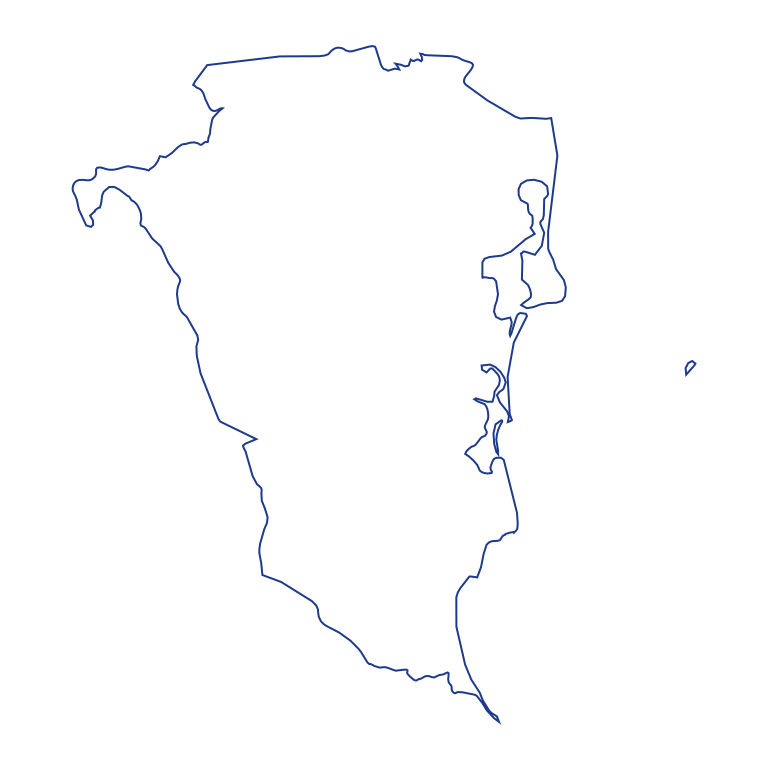 map outline of Atlántico Sur (orthographic projection)
{"feature_id": "NIC-644", "entity_name": "Atlántico Sur", "entity_type": "Autonomous Region", "adm_level": 1, "iso_a3": "NIC", "parent_name": "Nicaragua", "parent_adm1": "", "projection": "orthographic", "projection_center": [-84.133, 12.113], "detail": "fine", "context": "isolated", "style": "outline", "palette": "blue", "viewbox_px": 768, "rotation_deg": 0, "n_neighbors": 0, "source": "natural_earth", "source_scale": "10m", "svg_char_len": 6031}
<svg xmlns="http://www.w3.org/2000/svg" viewBox="0 0 768 768"><path d="M551.2,118.1L557.4,155.6L548.1,231.9L548.2,248.7L549.1,251.5L553.2,259.8L556.0,269.0L563.9,280.1L565.8,287.3L565.1,296.1L562.1,300.8L556.4,302.7L547.3,303.1L540.4,304.5L533.4,307.1L526.8,308.2L521.1,305.1L523.3,303.1L529.1,298.9L530.8,297.0L531.0,293.6L529.9,289.1L528.1,285.1L521.9,279.6L522.4,260.7L521.0,253.4L522.4,252.8L523.2,251.6L524.9,251.6L534.9,254.8L541.8,245.8L544.2,232.8L540.4,224.0L540.4,221.8L542.9,219.1L543.8,215.2L544.2,199.0L547.2,196.0L548.1,194.0L547.1,186.3L541.6,181.7L534.1,179.8L526.9,180.4L521.0,183.8L518.6,189.2L518.7,195.1L520.9,200.2L527.1,203.5L527.8,204.1L528.2,210.0L528.7,212.0L529.9,214.0L531.2,214.8L532.3,215.9L532.7,218.9L532.6,223.8L532.0,225.8L530.6,227.9L531.7,229.3L534.7,233.9L525.8,239.1L510.8,251.7L501.8,255.6L489.6,257.0L484.5,258.7L482.4,262.5L482.4,277.5L482.7,277.8L483.9,277.2L486.2,277.4L489.6,278.1L491.9,278.0L493.8,278.6L496.1,281.3L498.0,294.2L496.9,300.4L494.9,306.2L494.0,311.7L496.1,317.0L501.4,319.6L510.2,317.6L511.7,322.1L511.4,325.0L509.9,330.6L509.6,333.9L510.2,335.8L511.5,333.1L516.0,318.3L517.7,314.5L520.2,313.0L525.8,313.8L527.0,316.0L513.8,342.6L507.6,376.9L509.7,413.9L511.9,420.1L510.0,421.3L507.8,422.1L509.0,416.2L507.0,411.2L499.9,402.4L496.9,395.1L499.3,392.0L503.4,389.1L505.7,382.5L504.2,377.6L500.5,371.9L495.5,367.1L490.2,364.6L481.6,365.5L482.1,369.8L486.6,372.4L490.2,368.5L492.3,368.5L497.1,373.5L499.1,376.5L499.9,380.3L498.9,385.2L494.6,391.5L494.1,396.1L492.5,401.7L487.5,401.8L475.8,398.3L474.3,399.3L477.7,401.4L484.7,404.2L486.3,406.5L487.5,409.6L488.1,413.1L488.3,416.9L487.8,419.6L485.3,424.9L484.7,427.0L485.2,428.6L486.1,430.3L486.8,432.1L486.4,434.0L485.0,435.8L481.9,437.1L480.8,438.0L475.6,444.8L474.0,445.9L471.6,446.7L468.8,448.8L466.4,451.4L465.2,453.9L468.9,456.4L473.5,460.6L477.3,465.0L479.8,470.6L481.8,472.1L484.6,473.1L487.5,473.5L491.6,473.0L491.9,471.7L490.8,469.8L490.4,467.5L492.3,461.9L493.8,459.0L496.3,457.8L501.0,457.7L503.8,460.0L517.0,512.8L517.7,522.9L517.5,526.7L517.2,528.9L516.1,530.7L513.8,532.8L513.3,532.0L509.3,532.8L505.4,534.1L505.0,534.8L502.8,535.8L500.0,540.0L497.4,540.9L494.0,541.0L491.2,541.4L488.9,542.5L486.6,544.7L483.7,553.7L481.0,567.2L477.2,577.4L471.2,576.5L469.4,576.5L460.4,588.0L457.8,592.5L456.3,597.4L456.4,626.7L465.1,664.6L471.3,679.6L479.8,692.8L482.6,700.0L489.3,710.9L491.7,713.2L496.9,716.4L499.0,721.9L494.0,718.1L486.7,710.2L482.6,703.4L477.4,696.6L475.8,695.2L473.7,694.5L462.5,692.3L459.3,692.1L457.3,692.2L455.3,693.2L454.5,693.1L453.5,692.6L452.3,691.1L451.8,690.0L451.6,687.0L451.1,685.4L449.7,683.8L448.6,682.0L448.2,679.5L448.6,674.1L448.6,673.2L448.1,672.7L447.3,672.5L443.3,674.4L439.2,675.1L434.3,677.4L432.0,677.2L429.3,676.2L427.5,675.9L425.4,676.3L424.4,676.7L421.1,678.6L418.7,679.2L416.3,680.5L415.1,680.4L413.6,679.6L410.8,677.3L407.7,674.1L407.3,673.5L407.2,672.7L407.5,670.3L406.6,669.7L404.7,669.6L395.7,670.7L392.2,669.5L387.5,667.7L384.9,667.2L383.1,667.2L380.2,667.6L378.8,667.4L374.2,665.9L371.3,664.3L370.3,664.0L369.5,664.1L368.3,663.3L366.9,661.6L361.1,652.1L358.6,648.9L350.6,640.8L339.4,632.7L326.1,625.8L323.5,623.9L320.9,621.2L318.8,616.8L318.2,613.1L318.0,609.5L316.3,605.6L312.0,601.2L281.2,582.0L262.4,575.0L261.3,563.8L259.3,552.6L259.4,548.9L260.2,543.3L264.2,529.4L267.0,522.8L267.6,517.2L264.8,508.2L261.8,500.8L261.4,493.3L261.7,489.8L261.1,488.0L259.3,486.1L256.9,484.1L252.7,476.3L245.6,451.6L243.6,447.7L243.0,445.6L245.3,443.7L256.3,439.1L220.2,421.6L218.3,418.6L200.5,373.2L196.8,355.9L196.4,346.4L198.2,339.9L197.3,335.5L187.3,317.7L185.7,315.8L183.6,314.1L181.7,312.0L179.7,308.5L178.2,303.8L177.0,294.5L177.4,289.5L178.2,286.0L179.8,282.1L180.2,280.4L179.6,278.4L177.8,275.4L174.1,271.7L168.2,262.7L162.1,248.9L160.4,246.1L152.3,238.6L145.6,228.6L144.1,227.1L140.9,225.5L140.4,223.2L141.3,218.7L140.9,213.4L139.7,209.8L137.3,205.1L135.6,203.1L133.9,201.6L131.4,200.2L129.2,196.6L127.8,196.1L119.5,189.7L114.3,186.9L109.1,187.0L103.6,191.9L102.2,195.3L101.1,203.4L99.9,207.6L99.1,207.5L96.7,209.0L94.7,210.7L94.8,211.6L93.9,212.1L90.1,215.7L92.9,220.4L93.2,224.7L90.9,226.9L86.2,225.4L78.9,209.6L76.8,199.8L75.6,196.6L72.9,191.1L72.6,188.3L73.1,185.5L74.2,183.2L76.1,181.3L78.6,180.1L82.7,179.8L85.8,180.2L89.2,180.3L91.9,179.4L95.2,176.5L96.1,173.8L96.1,169.2L97.1,167.8L99.9,167.4L102.3,167.9L107.3,169.4L110.4,169.8L113.8,169.7L117.7,168.9L125.5,166.7L128.3,166.3L145.0,169.3L148.7,170.5L149.8,169.2L153.2,166.9L155.0,165.3L157.9,160.9L159.9,156.2L165.6,157.3L172.0,152.9L177.9,147.2L182.1,144.4L185.4,144.0L190.7,142.6L194.6,142.4L198.2,143.4L199.9,144.6L201.4,144.8L204.4,142.5L205.9,141.8L207.1,142.1L207.9,141.8L208.5,137.5L210.0,133.7L210.3,129.5L212.1,119.9L213.3,117.4L219.3,110.9L222.6,108.3L221.8,108.2L220.3,108.5L216.4,110.6L214.8,111.0L213.0,110.8L212.3,110.5L211.0,109.7L209.3,107.5L205.3,99.1L203.2,92.8L201.0,89.9L199.9,89.0L196.5,87.5L194.4,85.5L193.2,84.9L195.0,81.5L207.2,65.1L280.0,56.4L319.2,56.2L324.8,55.5L328.3,54.2L331.7,50.5L334.7,48.5L336.8,47.8L338.6,47.7L340.8,47.9L342.3,48.3L344.0,49.2L346.0,50.5L349.3,51.4L352.0,51.3L369.0,46.6L372.8,46.1L375.0,46.7L375.7,48.1L381.1,65.2L382.3,67.3L383.9,69.1L385.7,69.5L388.1,70.7L394.9,68.6L399.3,69.5L396.9,65.3L395.5,63.7L400.8,64.7L405.1,66.4L408.5,65.7L410.8,59.6L412.8,60.9L414.1,61.0L416.6,59.6L418.5,59.6L421.1,61.2L422.2,59.9L421.8,57.0L420.3,53.7L423.2,54.2L424.4,55.0L428.6,55.3L451.4,56.2L456.9,57.1L459.7,58.3L461.9,59.6L464.9,60.8L469.7,62.2L471.9,63.2L472.9,64.6L472.8,66.2L472.1,67.9L471.1,69.6L465.8,76.2L464.8,77.8L464.2,79.5L464.0,81.1L464.2,82.6L465.1,83.9L466.3,85.1L487.5,100.5L515.2,116.7L520.4,118.5L531.9,117.9L546.0,118.8L551.2,118.1ZM496.3,451.8L494.2,443.9L493.5,433.5L495.5,424.4L501.3,420.3L501.7,420.4L502.1,420.6L502.2,421.2L502.0,422.1L500.2,425.1L498.2,429.8L496.8,435.1L496.3,439.7L498.0,450.3L498.1,454.2L496.3,451.8ZM686.2,374.6L685.6,368.1L688.3,363.0L692.2,361.0L695.4,363.6L694.3,365.5L686.2,374.6Z" fill="none" stroke="#1e3a8a" stroke-width="2"/></svg>